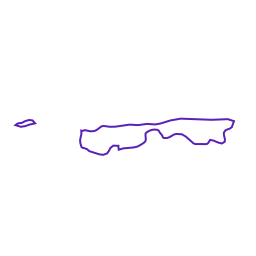 the border of Rennell and Bellona, rotated 326°
{"feature_id": "SLB-1261", "entity_name": "Rennell and Bellona", "entity_type": "Province", "adm_level": 1, "iso_a3": "SLB", "parent_name": "Solomon Islands", "parent_adm1": "", "projection": "albers", "projection_center": [160.182, -11.564], "detail": "fine", "context": "isolated", "style": "outline", "palette": "violet", "viewbox_px": 256, "rotation_deg": 326, "n_neighbors": 0, "source": "natural_earth", "source_scale": "10m", "svg_char_len": 1285}
<svg xmlns="http://www.w3.org/2000/svg" viewBox="0 0 256 256"><g transform="rotate(326 128 128)"><path d="M201.8,167.9L215.7,176.5L219.7,181.6L214.4,185.4L211.7,185.4L209.7,184.8L207.7,184.4L205.0,185.4L203.8,187.0L202.0,191.7L200.4,193.5L197.1,193.3L194.4,190.2L191.9,186.3L189.5,183.8L186.0,185.3L184.7,185.4L183.4,184.8L174.9,179.0L173.7,177.4L171.2,167.6L169.2,163.4L164.5,159.8L162.2,159.1L157.3,158.8L155.0,158.2L152.2,156.5L151.7,155.0L152.1,153.6L152.1,151.9L151.8,149.6L152.0,147.8L151.4,146.0L148.8,143.9L146.9,143.0L144.5,142.3L141.9,142.0L139.6,142.3L138.6,143.5L136.4,147.4L135.0,148.7L132.9,149.1L130.3,149.1L125.5,148.7L121.6,147.2L112.8,142.3L108.2,140.8L109.4,138.4L110.1,137.4L105.9,134.4L102.3,134.7L99.1,136.4L96.5,137.4L92.5,136.4L89.5,133.8L83.0,125.6L82.1,122.4L80.9,120.8L79.3,119.0L78.8,117.8L80.1,113.7L81.7,111.0L86.2,106.7L87.8,104.0L88.6,104.9L89.4,105.2L90.2,105.4L91.1,105.7L94.4,109.2L96.6,110.8L99.1,111.9L101.6,112.1L107.0,111.8L109.1,112.8L113.7,116.9L118.4,119.9L131.2,126.1L137.9,131.2L146.0,135.2L152.6,140.3L157.3,142.4L167.5,145.5L176.9,149.7L201.8,167.9ZM42.5,64.3L46.5,64.8L50.4,66.0L53.1,68.3L53.6,72.2L48.3,70.1L43.9,69.0L39.9,67.1L36.3,62.7L38.1,62.5L39.6,62.8L41.1,63.4L42.5,64.3Z" fill="none" stroke="#5b21b6" stroke-width="2"/></g></svg>